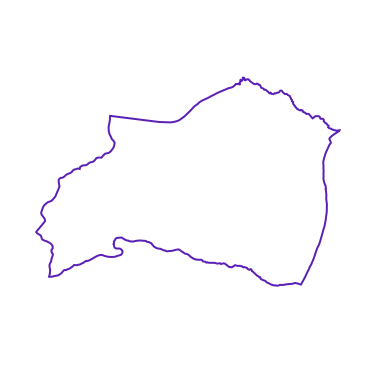 Hongsa, Xaignabouri, Laos, rotated 198°
{"feature_id": "54806243B68130854025017", "entity_name": "Hongsa", "entity_type": "district", "adm_level": 2, "iso_a3": "LAO", "parent_name": "Laos", "parent_adm1": "Xaignabouri", "projection": "robinson", "projection_center": [101.47, 19.726], "detail": "fine", "context": "isolated", "style": "outline", "palette": "violet", "viewbox_px": 384, "rotation_deg": 198, "n_neighbors": 0, "source": "geoboundaries", "source_scale": "gbopen_adm2", "svg_char_len": 6008}
<svg xmlns="http://www.w3.org/2000/svg" viewBox="0 0 384 384"><g transform="rotate(198 192 192)"><path d="M301.8,67.3L300.7,67.5L298.4,68.5L296.7,69.7L293.7,71.2L292.7,72.3L291.1,74.4L290.1,77.0L289.3,78.4L287.6,78.8L286.9,79.7L285.9,80.4L284.7,81.4L284.0,82.3L282.4,84.6L281.6,86.1L278.6,86.9L277.6,87.8L276.9,88.0L276.2,88.4L274.1,90.6L273.4,91.1L272.4,92.7L271.1,93.9L270.8,93.8L270.0,94.2L268.6,95.2L264.5,99.7L262.5,101.8L260.9,103.1L259.2,104.0L258.2,104.3L255.6,104.2L253.1,104.3L251.3,104.6L247.9,105.5L245.1,106.7L242.5,108.7L240.3,110.1L239.7,111.2L239.5,112.7L239.6,113.8L240.1,114.6L241.4,115.4L242.8,115.8L243.5,115.8L246.8,114.8L247.8,115.0L248.5,115.3L249.6,116.8L250.1,118.1L250.6,118.3L250.4,119.1L250.5,120.0L251.0,120.8L250.4,122.4L250.4,123.1L250.2,124.0L249.8,124.6L248.7,125.4L245.5,126.7L244.6,126.9L243.3,126.5L240.0,125.8L239.1,125.9L238.4,125.8L237.6,126.1L236.8,125.9L235.6,125.9L234.5,126.3L233.0,126.5L230.0,128.3L226.6,129.8L220.7,131.2L219.8,130.8L219.1,130.7L217.8,131.0L215.0,130.7L214.6,130.6L214.3,130.2L211.5,128.4L208.5,127.7L207.4,127.7L204.5,128.2L200.8,127.8L199.7,128.1L198.7,127.7L198.3,127.8L197.1,128.0L194.4,129.3L193.5,129.5L191.1,130.9L189.4,132.1L186.9,133.3L186.1,133.2L183.6,132.3L181.6,131.9L180.2,131.3L179.2,131.2L178.1,131.5L175.9,131.2L175.4,130.9L174.7,130.8L174.3,130.4L173.3,129.9L171.6,129.6L170.7,129.1L169.8,129.2L169.1,128.9L168.2,129.1L166.9,129.0L165.7,129.5L164.8,129.5L162.6,130.4L161.5,130.3L160.3,129.4L158.4,129.7L157.8,129.7L156.5,129.3L155.6,129.9L154.9,129.8L153.7,130.0L148.3,131.7L146.5,131.6L145.0,132.1L143.2,132.9L142.4,132.5L142.1,132.4L140.7,133.5L139.5,134.0L138.2,134.0L137.5,133.5L136.5,133.4L135.0,132.6L133.4,132.2L132.1,132.6L131.2,132.5L130.6,132.9L130.0,133.9L129.2,134.4L129.0,135.1L128.4,135.7L127.0,135.8L126.1,135.7L125.5,136.0L124.3,136.3L123.7,136.6L122.9,136.5L122.4,136.7L121.3,136.7L120.7,136.4L119.6,136.3L119.2,136.8L118.2,136.8L116.3,136.8L115.5,136.1L113.8,135.7L113.2,135.9L112.8,136.5L112.2,136.8L111.8,136.7L111.3,136.1L110.9,136.0L110.5,135.3L110.0,135.3L104.3,132.6L102.8,132.3L101.7,131.8L101.1,132.0L100.9,131.6L100.1,131.2L99.9,130.7L98.6,130.3L96.5,130.1L96.1,130.2L94.9,130.1L92.4,129.0L91.2,129.0L87.7,128.4L86.8,128.5L85.8,128.3L84.3,129.0L83.8,128.9L81.7,129.3L80.4,130.1L79.8,130.7L79.3,130.8L78.6,131.3L77.6,131.3L77.3,131.4L76.5,132.0L75.2,132.4L73.9,133.4L72.9,133.6L71.6,134.3L68.1,135.7L67.0,136.6L65.7,137.4L63.3,137.6L59.8,137.6L58.3,145.3L57.8,149.1L57.6,151.0L56.9,155.2L56.9,157.0L56.2,160.0L55.7,166.2L55.6,176.6L55.4,178.6L54.9,181.2L54.9,184.0L55.2,193.6L55.4,195.6L55.4,200.1L56.2,206.8L56.7,209.0L57.6,214.3L59.9,222.0L62.2,226.9L63.4,231.0L65.2,235.0L65.8,236.0L65.6,236.2L65.8,237.1L66.7,238.5L66.8,239.1L68.2,240.6L69.5,242.4L71.1,245.1L71.7,247.5L72.6,249.9L73.1,252.1L74.0,254.3L75.2,258.0L76.1,260.0L76.5,261.4L76.8,265.1L76.9,270.4L75.9,279.3L75.1,281.6L75.8,282.8L77.6,284.6L77.8,285.3L77.6,286.2L76.4,288.4L74.2,291.5L71.4,294.8L70.9,295.6L70.8,296.3L73.7,294.9L78.5,294.8L79.2,295.2L81.3,295.1L82.5,295.6L82.5,297.2L83.7,297.5L85.4,298.8L86.0,298.7L87.1,299.1L87.8,299.7L88.4,299.9L88.7,300.2L88.8,301.1L89.7,301.9L90.4,302.0L92.2,301.4L92.9,301.8L93.2,302.5L94.4,303.2L95.6,303.1L98.1,302.2L98.9,301.1L99.6,299.7L100.1,299.3L104.8,302.2L105.6,302.2L107.4,301.6L108.9,302.4L109.6,302.3L110.0,302.5L111.5,302.6L111.8,302.9L111.9,303.6L112.7,303.6L113.0,303.8L113.9,303.7L114.4,303.0L116.0,303.1L116.7,303.5L117.6,303.5L118.0,303.9L118.6,304.0L119.5,304.7L120.1,304.9L120.4,305.5L121.3,305.8L121.7,306.3L123.1,307.2L123.3,307.6L123.7,309.0L124.9,309.1L125.1,309.2L125.2,309.8L125.5,310.5L126.5,311.0L126.7,311.6L127.3,312.0L128.8,313.6L130.8,313.8L132.1,314.5L132.7,314.5L133.5,313.9L134.1,313.9L136.4,314.9L137.5,315.8L138.0,316.1L139.2,315.8L139.7,315.0L139.9,314.0L140.2,313.5L142.0,312.5L142.8,311.6L143.8,311.5L144.8,310.4L146.5,309.9L146.8,309.9L147.5,310.6L147.9,310.7L148.4,309.9L148.6,309.8L149.0,309.9L150.1,310.6L151.9,311.3L152.6,311.7L153.9,311.9L154.6,311.8L154.9,311.6L155.2,311.7L155.5,312.2L156.1,312.4L158.4,312.6L159.5,313.9L161.0,314.9L161.6,314.8L161.9,314.6L162.7,315.1L163.4,315.2L163.8,315.1L165.0,314.1L165.9,313.9L166.9,314.0L170.2,315.0L171.1,315.4L171.8,316.1L172.8,316.2L173.5,316.6L174.6,316.1L175.7,314.8L176.3,314.7L176.8,315.2L176.9,315.9L177.1,316.2L177.8,316.7L178.6,316.7L179.0,316.3L178.6,315.2L178.6,313.9L178.8,313.4L179.0,313.1L179.3,313.1L180.3,313.7L180.5,313.7L180.6,313.4L180.6,313.1L180.0,312.7L179.9,312.5L179.9,311.9L180.6,310.8L180.6,310.5L180.5,310.2L179.7,309.6L179.8,309.1L180.0,309.0L181.5,309.1L182.5,308.5L183.5,308.4L183.8,308.1L183.9,307.5L184.8,305.8L185.9,304.3L187.2,303.3L189.4,302.0L191.4,300.2L194.9,297.2L199.0,293.6L200.5,291.9L203.2,289.3L205.8,286.5L210.6,282.1L212.8,279.5L213.5,277.9L216.2,274.2L218.6,269.0L222.3,261.9L226.2,256.5L228.3,254.7L230.1,253.5L233.8,251.6L245.0,248.4L293.4,239.1L292.1,233.9L291.4,227.9L290.0,224.3L288.4,221.6L286.6,219.9L284.8,217.7L282.4,216.4L280.8,215.0L280.4,212.4L280.4,209.9L281.8,205.6L283.2,203.5L286.6,201.5L287.8,199.1L288.7,196.7L291.0,196.1L293.3,194.9L294.1,192.6L295.2,190.4L298.5,188.3L300.7,185.0L304.6,183.2L306.1,181.1L305.9,179.2L307.8,179.1L311.6,176.4L312.7,173.6L314.0,172.1L316.0,170.6L317.2,169.1L318.2,167.2L319.7,165.5L321.3,164.8L322.1,163.7L322.5,162.3L322.0,160.5L319.7,156.2L320.6,145.4L321.9,142.2L322.9,140.2L324.1,139.1L325.8,137.9L327.0,136.3L328.7,133.2L329.0,130.8L329.1,127.4L329.0,125.5L328.0,123.9L326.0,122.6L323.8,120.9L322.8,119.3L322.9,118.5L326.1,110.2L327.8,106.2L327.7,105.6L326.3,104.8L322.4,103.9L321.3,102.6L320.5,101.2L319.4,100.5L317.1,100.2L315.2,100.2L313.6,99.9L311.7,99.7L309.6,98.9L308.1,97.7L307.7,97.3L307.7,96.8L307.2,95.7L307.1,95.3L307.3,94.5L307.8,93.3L307.7,93.0L307.5,92.5L307.1,92.2L307.1,91.8L306.9,91.4L306.3,90.8L305.3,90.2L305.3,89.7L304.9,89.3L304.9,84.2L304.5,82.2L304.9,80.8L305.0,78.5L304.3,76.7L303.0,74.4L302.4,72.5L301.9,69.8L301.8,67.3Z" fill="none" stroke="#5b21b6" stroke-width="2"/></g></svg>